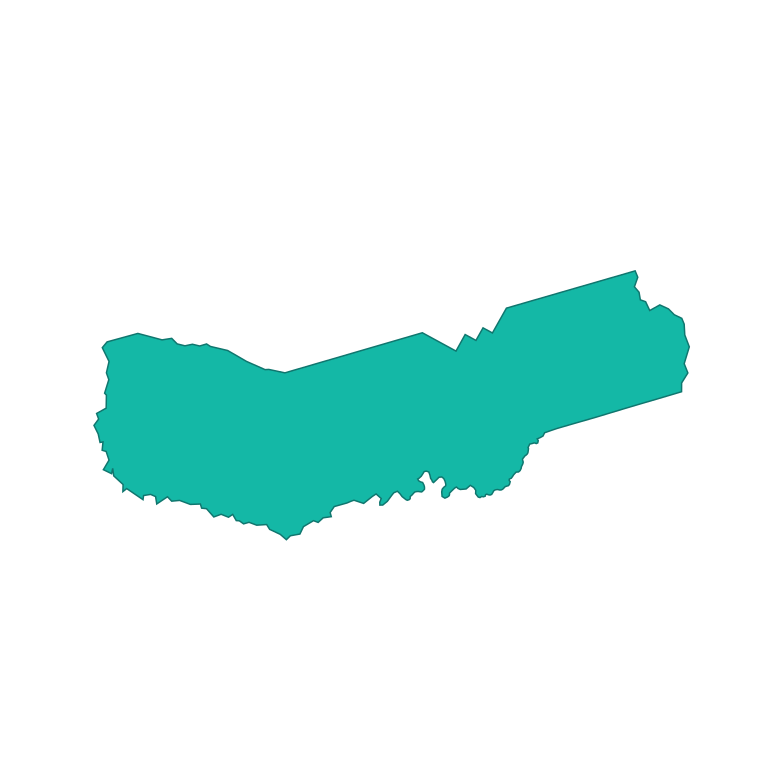 Madera, California, United States of America (Albers equal-area conic projection), rotated 29°
{"feature_id": "52423323B41205581888996", "entity_name": "Madera", "entity_type": "district", "adm_level": 2, "iso_a3": "USA", "parent_name": "United States of America", "parent_adm1": "California", "projection": "albers", "projection_center": [-119.643, 37.271], "detail": "fine", "context": "isolated", "style": "filled", "palette": "teal", "viewbox_px": 768, "rotation_deg": 29, "n_neighbors": 0, "source": "geoboundaries", "source_scale": "gbopen_adm2", "svg_char_len": 3062}
<svg xmlns="http://www.w3.org/2000/svg" viewBox="0 0 768 768"><g transform="rotate(29 384 384)"><path d="M548.8,163.3L454.3,258.3L454.1,286.8L443.4,286.9L443.3,301.3L431.0,301.4L431.0,320.3L392.7,320.6L291.9,422.3L276.2,427.1L273.0,429.1L252.8,430.9L231.0,430.5L214.0,435.3L209.4,435.0L204.4,440.1L197.2,442.1L191.4,447.1L183.7,449.2L176.2,447.0L168.5,453.0L144.2,459.1L121.4,481.4L120.0,488.8L132.6,497.6L135.8,508.8L141.2,513.6L144.1,527.5L146.6,528.3L152.7,539.8L146.9,549.1L151.4,553.0L150.4,560.8L158.2,566.2L164.0,572.8L166.3,570.9L169.6,578.6L173.7,577.7L180.4,583.9L180.1,595.0L189.2,594.5L187.6,589.3L192.2,595.4L204.5,598.4L207.8,604.7L209.7,600.2L229.3,602.0L227.8,598.1L233.4,593.7L238.8,593.2L243.4,599.1L249.3,587.6L255.1,589.4L261.7,584.9L273.0,583.2L281.6,578.0L284.7,581.0L289.2,579.1L299.6,582.8L304.7,576.9L312.6,575.9L314.9,571.4L321.0,575.1L323.8,573.8L329.0,574.4L333.0,570.4L341.1,569.2L349.5,563.8L354.5,566.6L366.1,565.8L374.1,567.5L375.7,562.1L383.2,556.0L382.7,547.8L388.6,537.7L393.5,537.0L395.7,530.5L402.2,525.6L399.2,522.5L399.9,515.3L409.4,505.9L412.1,502.4L414.1,500.2L424.1,498.3L428.3,488.0L430.4,484.0L437.1,485.5L437.6,489.4L439.1,491.9L441.6,490.5L443.8,485.0L444.7,477.9L445.3,474.4L447.7,471.3L451.1,472.2L454.4,473.7L459.2,474.5L460.7,474.4L462.0,473.1L462.5,471.7L461.5,469.7L462.4,467.2L462.8,465.2L463.3,463.5L464.9,462.1L466.3,461.3L467.7,460.8L469.3,460.1L470.1,457.9L470.4,456.3L469.3,454.4L467.9,453.0L465.5,451.4L463.4,451.9L461.2,451.8L459.5,450.8L460.3,449.5L461.3,446.6L461.5,443.8L461.6,441.1L463.2,439.7L465.8,439.2L468.4,441.5L470.5,443.9L472.8,445.1L473.7,446.0L475.1,446.2L475.4,445.3L476.4,442.2L477.3,438.9L479.6,437.3L482.1,437.7L484.7,439.6L486.7,441.8L487.3,443.2L486.3,445.5L485.9,447.8L486.8,450.4L489.3,454.2L492.6,454.3L494.3,452.1L495.1,450.3L495.0,449.2L494.2,447.7L495.1,444.5L496.3,440.7L497.3,439.0L498.5,439.2L499.3,439.5L501.8,439.3L506.7,436.0L508.6,430.8L512.7,431.0L515.8,432.5L517.3,435.5L521.2,437.2L523.0,436.8L524.0,435.0L525.6,434.5L526.9,433.1L526.5,431.5L527.3,430.5L529.0,430.3L530.6,429.7L531.7,428.4L531.8,426.3L531.8,424.0L532.7,422.6L533.8,421.7L534.8,421.1L536.4,420.7L537.8,419.9L538.7,418.7L539.2,417.4L539.4,416.3L539.8,415.0L540.9,413.8L542.1,412.6L542.4,411.0L541.7,408.2L540.3,407.7L539.7,406.5L540.0,406.0L541.0,404.7L541.3,402.5L541.4,400.6L541.7,399.3L542.3,397.0L544.3,395.7L545.0,393.8L544.9,391.4L544.3,389.7L544.2,387.8L544.1,386.4L543.6,384.8L542.1,383.3L541.5,382.4L541.9,380.2L542.1,378.6L542.8,377.2L543.2,375.8L543.2,374.4L542.4,372.2L541.7,370.4L540.8,369.8L540.6,365.9L542.8,363.9L543.8,362.8L544.9,362.4L546.0,362.3L547.0,361.0L546.4,358.8L544.6,357.7L546.7,355.0L548.3,352.4L548.1,348.8L552.8,343.5L556.9,339.0L569.4,326.4L584.6,311.2L605.4,289.8L616.4,278.6L638.9,255.8L648.0,246.5L643.8,238.8L644.4,227.0L636.7,220.7L633.0,203.5L623.3,195.3L617.5,186.1L612.6,182.2L604.3,182.7L596.4,180.4L586.9,181.1L580.8,190.9L572.9,185.2L567.4,186.1L562.6,180.1L555.9,177.6L554.2,167.6L548.8,163.3Z" fill="#14b8a6" stroke="#0f766e" stroke-width="1.5"/></g></svg>